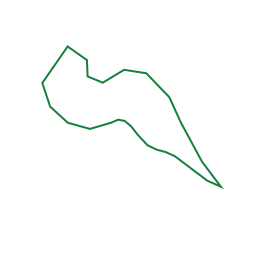 the state/province of Tarrafal de São Nicolau, rotated 325°
{"feature_id": "CPV-5058", "entity_name": "Tarrafal de São Nicolau", "entity_type": "state/province", "adm_level": 1, "iso_a3": "CPV", "parent_name": "Cabo Verde", "parent_adm1": "", "projection": "natural_earth1", "projection_center": [-24.363, 16.58], "detail": "fine", "context": "isolated", "style": "outline", "palette": "green", "viewbox_px": 256, "rotation_deg": 325, "n_neighbors": 0, "source": "natural_earth", "source_scale": "10m", "svg_char_len": 453}
<svg xmlns="http://www.w3.org/2000/svg" viewBox="0 0 256 256"><g transform="rotate(325 128 128)"><path d="M170.4,229.4L162.7,216.6L150.2,178.0L145.0,169.2L139.0,162.1L134.1,153.3L132.1,139.2L131.5,128.4L129.4,120.4L124.8,115.6L116.9,113.9L96.3,106.9L81.7,89.2L76.5,65.9L83.6,42.0L125.3,26.6L133.3,48.8L124.5,62.6L133.3,76.4L158.2,78.1L174.4,93.7L179.5,126.5L174.4,154.2L169.3,198.2L170.4,229.4Z" fill="none" stroke="#15803d" stroke-width="2"/></g></svg>